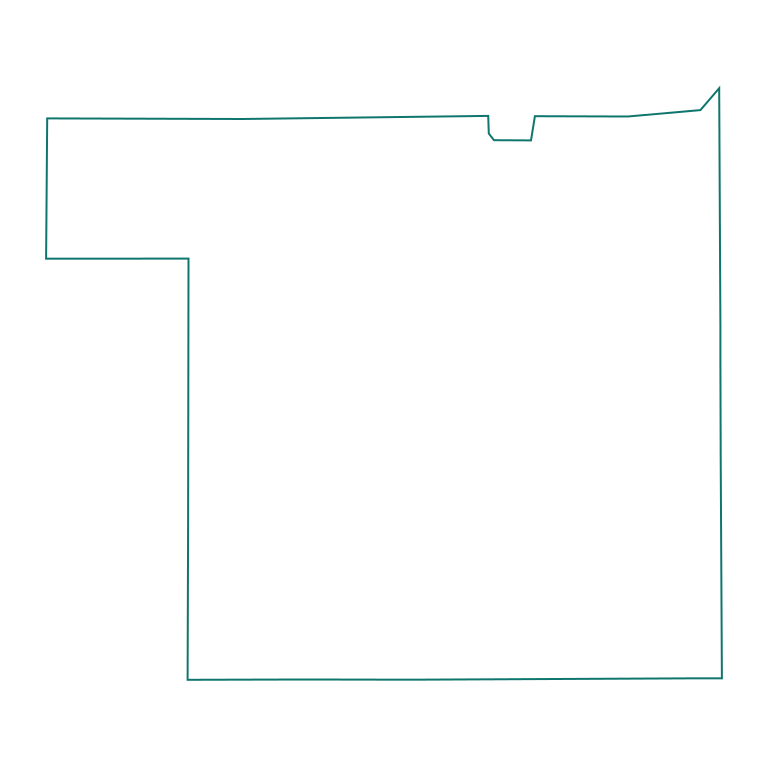 Lincoln, Mississippi, United States of America
{"feature_id": "52423323B79314410482452", "entity_name": "Lincoln", "entity_type": "district", "adm_level": 2, "iso_a3": "USA", "parent_name": "United States of America", "parent_adm1": "Mississippi", "projection": "orthographic", "projection_center": [-90.415, 31.533], "detail": "fine", "context": "isolated", "style": "outline", "palette": "teal", "viewbox_px": 768, "rotation_deg": 0, "n_neighbors": 0, "source": "geoboundaries", "source_scale": "gbopen_adm2", "svg_char_len": 399}
<svg xmlns="http://www.w3.org/2000/svg" viewBox="0 0 768 768"><path d="M699.3,678.3L721.9,678.3L720.7,457.1L720.4,359.4L720.4,325.7L719.2,90.4L719.2,88.2L700.4,110.1L627.8,116.5L534.9,116.2L531.0,140.4L494.0,140.2L488.8,133.6L488.2,115.9L242.4,119.0L47.2,118.4L46.1,258.7L188.5,258.6L188.1,526.5L187.6,679.8L304.4,679.5L412.1,679.7L699.3,678.3Z" fill="none" stroke="#0f766e" stroke-width="2"/></svg>